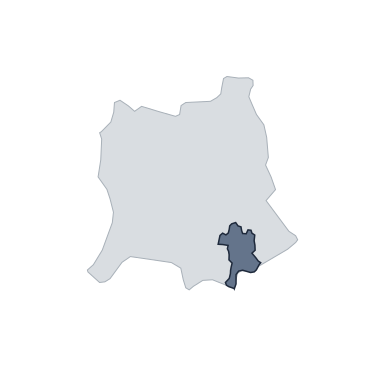 where Gnjilane sits in Kosovo, rotated 34°
{"feature_id": "KOS-5904", "entity_name": "Gnjilane", "entity_type": "District", "adm_level": 1, "iso_a3": "XKX", "parent_name": "Kosovo", "parent_adm1": "", "projection": "mercator", "projection_center": [21.441, 42.404], "detail": "fine", "context": "in_parent", "style": "filled", "palette": "slate", "viewbox_px": 384, "rotation_deg": 34, "n_neighbors": 0, "source": "natural_earth", "source_scale": "10m", "svg_char_len": 1672}
<svg xmlns="http://www.w3.org/2000/svg" viewBox="0 0 384 384"><g transform="rotate(34 192 192)"><path d="M119.5,143.9L136.0,138.5L138.4,134.7L134.6,126.4L136.8,121.3L156.6,106.5L159.8,99.9L161.0,94.6L158.4,89.1L154.7,80.3L156.4,76.7L166.7,71.6L175.0,65.7L180.0,65.3L183.1,69.5L183.1,73.9L185.8,81.2L191.9,85.2L202.1,91.7L214.0,96.1L223.3,104.9L236.0,120.7L237.9,128.5L249.3,135.4L259.9,143.3L258.2,157.7L294.3,170.4L302.4,170.3L306.3,172.5L306.2,175.8L303.3,185.9L288.5,216.9L287.3,223.3L276.7,230.0L275.3,233.9L278.3,242.4L281.0,248.4L280.8,248.4L258.1,253.3L250.4,259.2L245.9,269.4L244.4,274.7L240.4,274.9L233.8,269.6L225.3,261.4L214.4,262.0L177.0,280.0L173.3,289.4L172.5,309.7L170.0,315.2L166.0,318.7L150.5,316.5L148.9,315.2L150.9,307.4L150.1,290.3L143.1,262.0L138.2,252.7L127.9,243.5L120.0,237.4L105.7,232.0L98.4,216.4L87.5,198.6L82.3,194.5L83.1,192.8L85.6,179.4L82.5,169.6L77.7,161.2L81.0,156.2L91.0,156.2L99.3,157.2L102.3,149.2L119.5,143.9Z" fill="#d9dde1" stroke="#a8b0b8" stroke-width="1"/><path d="M272.7,250.0L270.3,248.3L271.2,242.8L269.5,238.2L267.8,235.4L266.4,232.2L265.0,228.5L260.6,227.6L257.9,223.3L255.5,220.7L253.1,219.3L251.8,216.1L247.0,218.3L242.9,220.7L239.5,212.4L240.4,209.0L244.1,208.6L245.0,205.7L243.8,202.3L242.2,199.0L242.7,196.2L245.3,192.9L249.1,194.4L252.1,193.5L254.8,196.3L257.2,198.1L260.3,196.3L259.6,192.1L262.3,190.7L264.7,192.6L268.1,192.6L270.8,197.7L273.9,200.9L276.9,205.0L275.9,209.2L281.6,210.8L285.5,212.2L288.5,212.2L288.3,214.9L288.9,220.6L288.3,223.4L285.6,226.0L277.7,228.5L274.9,231.5L274.7,235.8L279.9,243.6L281.2,248.6L280.9,248.4L275.4,249.9L272.7,250.0Z" fill="#64748b" stroke="#1e293b" stroke-width="1.5"/></g></svg>